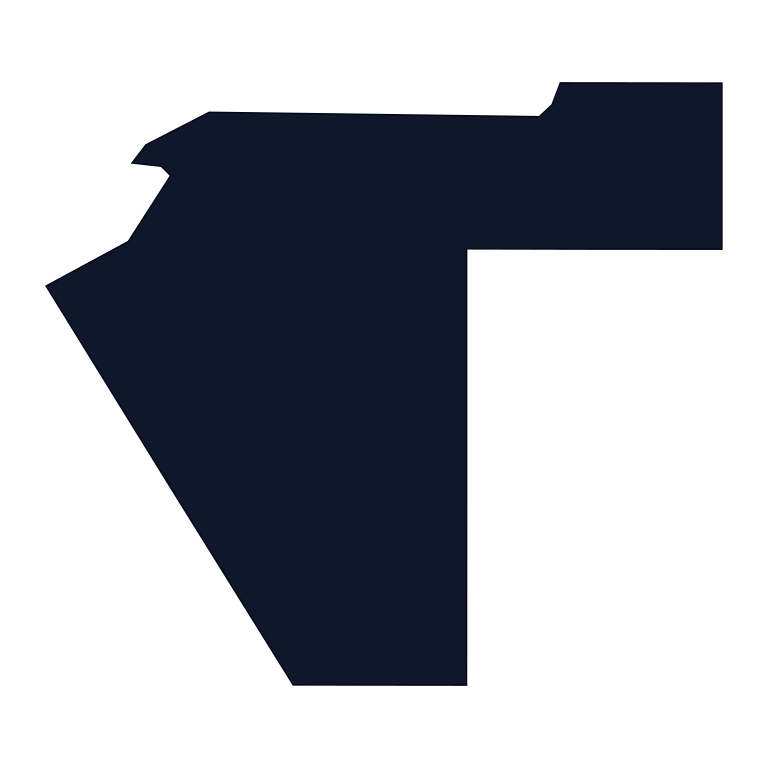 map outline of Pituffik (Mercator projection)
{"feature_id": "GRL-2738", "entity_name": "Pituffik", "entity_type": "state/province", "adm_level": 1, "iso_a3": "GRL", "parent_name": "Greenland", "parent_adm1": "", "projection": "mercator", "projection_center": [-68.373, 76.451], "detail": "fine", "context": "isolated", "style": "filled", "palette": "ink", "viewbox_px": 768, "rotation_deg": 0, "n_neighbors": 0, "source": "natural_earth", "source_scale": "10m", "svg_char_len": 403}
<svg xmlns="http://www.w3.org/2000/svg" viewBox="0 0 768 768"><path d="M46.1,286.0L128.3,241.5L170.6,175.6L161.2,166.2L132.0,163.0L146.0,144.8L209.2,112.3L374.2,114.5L539.3,116.7L552.1,104.7L560.3,82.9L640.2,83.0L721.9,83.1L721.9,166.2L721.9,249.2L594.2,249.1L466.6,248.8L466.6,467.9L466.5,685.1L379.9,685.0L293.2,684.9L169.2,485.4L46.1,286.0Z" fill="#0f172a" stroke="#020617" stroke-width="1.5"/></svg>